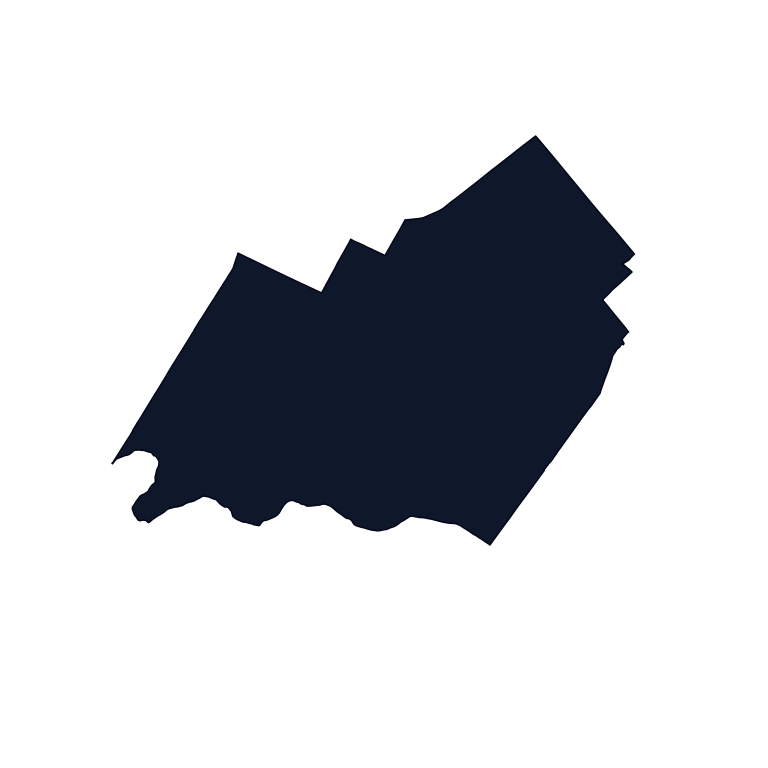 Zambreasca, Teleorman, Romania (Robinson projection), rotated 143°
{"feature_id": "2599482B90342036503162", "entity_name": "Zambreasca", "entity_type": "district", "adm_level": 2, "iso_a3": "ROU", "parent_name": "Romania", "parent_adm1": "Teleorman", "projection": "robinson", "projection_center": [25.027, 44.306], "detail": "fine", "context": "isolated", "style": "filled", "palette": "ink", "viewbox_px": 768, "rotation_deg": 143, "n_neighbors": 0, "source": "geoboundaries", "source_scale": "gbopen_adm2", "svg_char_len": 6159}
<svg xmlns="http://www.w3.org/2000/svg" viewBox="0 0 768 768"><g transform="rotate(143 384 384)"><path d="M417.6,568.1L421.8,576.3L424.7,574.3L425.9,573.6L427.8,572.2L430.4,570.4L432.0,569.3L434.4,567.6L435.7,566.9L437.9,566.0L439.5,565.4L441.0,564.8L442.0,564.5L443.3,564.0L446.2,562.8L448.1,562.1L450.2,561.4L460.2,557.6L469.8,553.9L472.8,552.9L487.9,547.1L493.1,545.3L498.5,543.2L503.0,541.4L503.8,540.9L507.4,539.5L521.3,534.1L541.8,526.2L549.6,523.1L556.0,520.4L571.2,514.4L572.9,513.8L576.5,512.4L591.1,506.6L597.6,504.0L604.4,501.5L611.8,498.5L611.6,498.3L617.9,495.7L623.1,493.8L641.9,486.7L647.9,484.5L648.6,484.4L648.9,484.4L648.9,483.8L648.6,483.8L648.0,483.8L646.2,484.4L643.7,485.0L643.1,485.1L642.4,485.0L638.8,484.1L637.3,483.6L635.7,483.2L634.3,482.8L631.2,481.4L629.8,481.1L627.7,481.0L624.6,481.3L623.8,481.2L622.9,481.0L622.1,480.6L620.8,479.7L619.5,478.9L617.9,477.3L615.4,475.1L614.4,473.5L612.7,471.1L611.5,470.0L611.2,469.5L611.0,469.2L611.0,468.7L611.1,468.0L611.0,465.3L610.2,464.6L610.0,464.0L609.7,462.9L609.7,461.7L609.8,460.4L610.1,458.5L610.2,457.9L610.7,457.1L611.6,455.9L612.5,455.0L613.3,454.3L614.1,453.8L616.4,452.6L617.4,452.0L619.2,450.4L622.7,447.5L623.3,446.8L624.1,445.6L624.8,444.5L625.2,443.9L625.7,443.4L626.4,443.2L626.9,443.0L627.6,442.9L629.7,442.9L630.4,442.8L631.9,442.4L634.7,441.4L635.4,441.0L636.2,440.6L636.7,440.4L637.4,440.2L639.5,440.3L641.2,440.5L642.6,440.7L644.8,441.2L645.6,441.3L646.3,441.2L652.0,439.6L653.5,439.0L656.1,438.0L657.5,437.5L658.7,437.1L659.2,436.8L659.6,436.4L660.2,435.6L660.6,434.7L662.1,429.6L662.1,428.6L662.0,426.4L662.2,424.6L662.2,423.6L662.1,423.0L661.7,422.3L661.3,421.8L660.9,421.5L660.1,421.3L659.6,420.9L658.3,420.2L657.2,419.4L656.7,418.8L656.3,418.2L656.0,417.2L655.8,416.0L655.7,415.4L655.5,415.1L655.2,415.0L653.7,414.8L650.5,415.1L644.7,414.9L641.4,414.4L637.9,414.1L636.2,414.1L633.8,414.3L632.7,414.3L632.1,414.2L631.3,414.0L630.4,413.7L627.6,412.5L626.3,412.1L625.2,411.6L622.7,410.1L621.7,409.7L620.1,409.1L618.3,408.3L617.8,408.2L615.2,408.0L614.6,408.0L613.1,407.6L610.4,406.8L610.0,406.6L609.3,406.1L607.8,405.6L606.3,405.0L604.7,404.7L602.5,404.5L601.2,404.1L600.2,404.0L598.4,403.8L596.9,403.6L596.0,403.3L595.4,403.0L592.7,400.2L591.7,398.9L590.9,397.6L590.2,396.2L588.9,394.3L587.9,393.1L587.7,392.5L587.5,391.8L587.4,389.3L587.3,388.2L586.9,386.2L586.3,384.1L585.5,382.2L585.0,381.4L583.6,380.4L583.0,379.6L582.7,379.0L582.6,378.2L582.5,375.0L582.6,374.2L582.9,373.2L584.3,369.6L584.3,368.7L583.6,366.1L582.5,363.4L581.2,361.3L580.1,359.2L578.7,357.7L577.5,356.7L577.0,356.1L576.3,354.9L575.3,353.9L574.6,352.8L573.5,351.7L572.9,350.3L571.5,348.7L569.7,346.7L569.1,346.2L568.5,346.0L568.1,346.0L566.4,346.7L564.3,347.2L563.2,347.3L562.1,347.1L561.0,346.6L559.2,345.7L554.9,344.6L551.4,343.8L549.2,343.6L547.9,343.6L546.4,343.8L544.1,344.6L541.2,345.9L539.5,346.5L536.8,347.4L534.0,347.9L532.6,348.0L531.3,347.9L530.1,347.6L528.8,347.1L527.7,346.5L527.0,346.0L526.6,345.5L526.0,344.5L525.6,343.8L525.2,343.1L524.4,341.8L523.1,340.4L522.7,338.7L522.3,337.9L521.4,336.8L520.3,335.7L519.6,334.9L518.9,334.2L519.6,334.0L518.8,332.8L518.4,332.3L517.7,331.8L516.7,331.3L515.4,330.3L513.6,329.3L511.3,327.9L509.9,327.2L509.2,326.7L508.0,325.9L506.0,325.3L504.7,324.6L503.6,323.7L502.7,322.7L500.5,319.1L499.9,317.8L499.0,313.9L498.4,310.9L498.0,309.2L496.5,305.0L495.7,302.0L495.1,300.2L494.6,299.1L493.5,297.9L492.8,297.1L492.5,296.4L492.2,295.1L492.1,293.8L492.2,292.6L492.4,290.9L492.3,289.3L491.8,288.1L491.1,286.9L488.3,283.2L486.1,280.6L483.6,277.1L482.4,275.5L480.3,273.4L478.2,271.2L477.4,270.5L475.6,269.4L474.2,268.7L472.3,267.9L469.5,266.4L468.7,266.1L466.9,265.6L465.6,265.4L463.4,264.7L462.9,264.4L462.2,264.2L460.9,263.9L459.7,263.7L456.5,263.6L455.5,263.7L453.8,263.7L450.3,263.2L446.1,262.9L444.1,262.8L443.4,262.7L442.2,262.4L441.5,261.9L439.6,260.0L438.4,258.6L435.5,255.6L433.5,254.0L431.4,251.9L429.9,250.1L427.9,248.0L426.3,246.1L425.4,244.9L420.3,238.5L417.2,235.1L415.3,233.2L413.6,231.8L412.9,231.3L411.5,230.0L410.8,229.1L410.2,228.4L408.7,225.9L408.2,224.7L406.8,220.9L404.7,215.5L403.3,210.9L401.3,206.4L400.6,203.9L400.4,203.4L399.9,202.5L399.5,201.4L398.3,197.7L396.2,191.7L383.2,195.7L367.2,200.5L365.0,201.1L357.9,203.4L351.6,205.4L331.0,211.5L308.1,218.5L307.8,218.7L307.7,219.1L307.7,219.6L306.9,219.8L306.3,219.6L305.8,219.7L301.7,220.8L300.4,221.2L296.9,221.8L287.8,224.8L285.9,225.5L283.3,226.3L280.6,227.1L245.7,238.0L235.4,241.0L234.4,241.3L232.5,241.6L217.0,246.6L216.6,246.8L215.8,247.6L208.2,252.7L203.8,255.6L201.0,257.3L195.1,261.1L187.5,266.4L185.5,268.1L184.0,269.0L182.2,269.7L179.2,270.7L177.8,271.3L176.9,271.5L176.4,271.6L175.0,271.7L173.9,271.7L173.0,271.9L172.6,272.0L171.2,272.6L170.9,272.7L170.5,272.7L170.2,272.6L169.7,272.3L169.5,272.1L169.4,271.8L169.4,271.5L168.4,271.6L168.2,271.7L168.0,272.0L167.8,272.5L167.6,274.2L167.4,274.8L167.1,275.7L167.1,276.0L167.3,276.4L161.0,277.9L161.0,278.2L157.4,278.4L157.4,284.3L157.6,289.4L157.9,295.7L158.3,305.8L158.4,311.2L158.6,315.7L158.8,318.4L158.6,319.1L158.1,319.8L157.8,319.9L152.6,320.5L149.2,321.0L144.6,321.8L136.1,322.4L118.6,324.2L118.5,324.5L119.3,328.5L119.5,328.5L121.1,336.3L114.0,335.6L112.0,336.0L110.7,336.4L105.8,337.1L106.5,351.5L107.0,361.5L108.9,391.8L109.4,400.7L110.3,420.4L110.8,432.1L111.4,446.0L112.0,460.5L113.2,483.6L113.7,490.7L117.2,490.8L121.3,490.7L128.2,490.7L157.8,490.1L166.9,490.0L171.7,489.9L188.0,489.4L198.0,489.2L203.1,489.1L217.1,488.9L221.1,489.0L226.5,488.8L230.7,488.6L236.0,489.2L252.4,493.1L256.2,494.9L268.6,502.4L270.0,501.6L277.4,498.3L280.6,496.9L288.9,493.4L297.6,489.6L305.9,486.0L308.5,491.1L309.0,491.9L312.2,498.1L313.0,499.7L314.9,503.0L315.9,505.0L316.9,507.3L319.8,512.5L320.8,514.2L321.9,516.1L322.6,517.8L323.5,519.6L325.6,518.5L329.4,516.8L330.4,516.3L331.3,516.0L335.3,514.2L336.5,513.7L341.0,511.8L343.1,510.8L345.2,509.9L348.3,508.6L349.5,508.0L352.2,506.6L354.7,505.4L357.6,504.1L360.6,502.8L366.6,500.0L370.1,498.5L372.2,497.4L373.7,496.8L375.5,495.9L379.1,494.3L387.4,510.1L390.1,515.0L397.8,529.7L411.5,556.3L414.1,561.4L417.6,568.1Z" fill="#0f172a" stroke="#020617" stroke-width="1.5"/></g></svg>